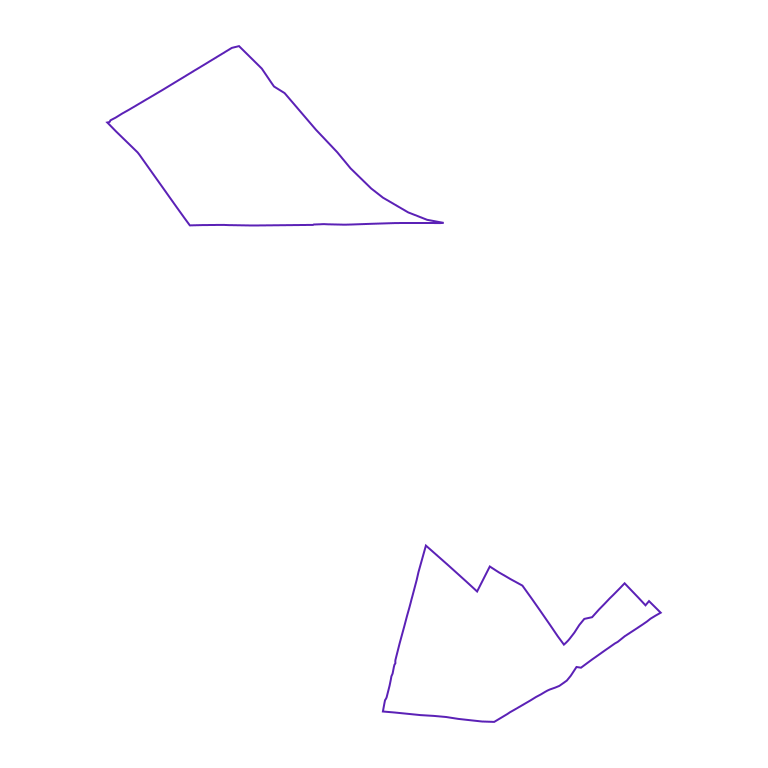 Rafael Lara Grajales, Puebla, Mexico
{"feature_id": "50627088B86596089339193", "entity_name": "Rafael Lara Grajales", "entity_type": "district", "adm_level": 2, "iso_a3": "MEX", "parent_name": "Mexico", "parent_adm1": "Puebla", "projection": "robinson", "projection_center": [-97.812, 19.247], "detail": "fine", "context": "isolated", "style": "outline", "palette": "violet", "viewbox_px": 768, "rotation_deg": 0, "n_neighbors": 0, "source": "geoboundaries", "source_scale": "gbopen_adm2", "svg_char_len": 2109}
<svg xmlns="http://www.w3.org/2000/svg" viewBox="0 0 768 768"><path d="M239.0,46.1L231.8,47.9L196.1,69.6L195.7,69.8L162.8,89.8L145.3,100.1L128.7,109.9L122.1,113.6L118.9,115.6L115.5,117.7L112.2,119.4L110.5,120.3L109.7,121.8L109.0,122.2L108.2,122.3L107.3,122.5L116.2,131.6L133.9,148.8L137.6,152.4L139.4,154.7L154.5,176.0L162.9,187.8L169.7,197.4L176.8,207.4L184.2,217.7L189.4,224.8L189.9,225.4L193.2,225.3L201.5,225.1L211.8,225.0L223.2,224.9L228.5,225.1L229.0,225.1L252.6,225.5L313.1,224.9L313.6,224.6L313.8,224.5L319.7,224.3L323.7,224.1L327.7,224.3L341.2,224.6L344.4,224.7L351.7,224.5L371.6,223.8L394.0,223.1L401.8,223.0L412.9,223.0L423.6,223.0L431.7,223.0L439.4,223.1L443.7,222.9L427.1,219.8L408.2,212.4L383.0,197.7L371.2,188.5L350.5,168.3L343.5,159.8L342.8,159.0L337.3,152.3L315.9,129.7L284.6,93.1L274.0,86.5L271.7,83.2L270.6,81.6L261.8,68.6L239.0,46.1ZM660.7,612.7L649.0,601.1L645.5,605.3L638.5,597.8L631.4,590.4L624.6,583.3L620.4,587.7L613.2,595.0L609.7,598.4L606.2,602.1L604.1,604.3L599.1,609.4L592.1,617.2L585.2,618.7L584.3,618.9L579.3,625.0L576.2,629.8L574.4,632.6L569.7,638.7L568.0,640.7L565.4,643.3L564.0,644.5L563.9,644.6L557.7,636.2L550.3,625.3L539.5,609.7L532.0,599.0L522.4,585.6L510.5,579.1L505.9,576.4L499.1,572.5L495.5,570.2L489.8,566.5L477.1,591.5L475.3,589.8L465.8,581.1L448.6,565.6L444.3,561.8L425.9,545.6L418.9,570.6L418.5,572.0L416.7,579.9L412.2,596.9L411.5,599.4L410.7,602.6L409.4,607.5L407.0,616.0L404.4,625.9L399.6,643.5L395.4,660.1L395.3,661.9L395.4,663.0L395.3,663.5L394.5,664.6L393.9,666.9L392.6,673.6L391.4,676.3L390.9,679.2L390.6,680.7L389.6,685.6L386.6,697.4L386.1,698.5L385.0,700.3L384.3,703.9L382.9,711.5L394.6,712.5L420.5,715.1L433.8,715.9L446.1,717.0L458.3,718.9L470.0,720.2L482.0,721.5L494.2,721.9L507.4,714.0L509.9,712.3L514.5,709.7L528.1,701.8L530.5,700.4L536.0,697.0L540.9,694.4L544.9,692.0L547.4,690.6L549.8,689.5L555.2,687.6L559.3,685.9L566.8,680.6L570.8,675.7L576.5,667.0L581.0,667.7L591.8,659.7L604.8,650.5L615.0,643.4L617.7,641.9L624.8,636.2L633.4,630.6L641.9,625.0L647.0,621.5L650.5,618.7L655.6,615.6L660.7,612.7Z" fill="none" stroke="#5b21b6" stroke-width="2"/></svg>